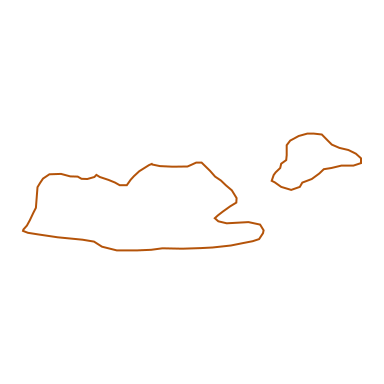 outline of Vaxholm, Stockholm, Sweden
{"feature_id": "70781695B74265456300359", "entity_name": "Vaxholm", "entity_type": "district", "adm_level": 2, "iso_a3": "SWE", "parent_name": "Sweden", "parent_adm1": "Stockholm", "projection": "equal_earth", "projection_center": [18.262, 59.415], "detail": "fine", "context": "isolated", "style": "outline", "palette": "amber", "viewbox_px": 384, "rotation_deg": 0, "n_neighbors": 0, "source": "geoboundaries", "source_scale": "gbopen_adm2", "svg_char_len": 1328}
<svg xmlns="http://www.w3.org/2000/svg" viewBox="0 0 384 384"><path d="M96.4,174.9L94.4,177.0L87.3,179.0L81.5,178.8L77.7,176.6L70.3,176.4L61.0,173.9L49.4,174.3L43.0,178.6L40.1,182.9L37.5,187.2L35.9,207.8L33.3,212.9L29.8,220.3L26.9,225.6L23.4,229.5L23.0,230.9L27.9,232.8L38.1,234.4L57.7,237.3L82.5,239.7L94.0,241.6L102.0,246.7L116.8,250.4L137.1,250.4L151.2,249.8L162.4,248.3L182.3,248.7L200.7,248.1L212.5,247.5L230.9,245.5L243.4,243.0L252.7,241.2L259.1,239.1L263.0,233.2L263.6,230.3L260.1,224.6L248.5,222.1L226.7,223.3L218.3,221.3L214.8,218.2L218.0,215.3L222.8,211.6L230.2,206.3L236.3,202.6L236.6,198.1L231.8,190.3L226.0,185.4L220.9,180.5L215.1,176.6L210.0,170.8L205.8,166.7L201.6,162.6L196.2,162.6L190.7,165.1L187.5,166.5L172.7,166.7L159.9,166.1L152.2,164.5L151.8,163.9L149.0,165.1L139.3,171.2L133.9,176.2L130.7,179.7L126.8,185.2L119.7,185.2L114.9,182.5L108.5,179.9L99.8,177.0L96.4,174.9ZM313.8,133.6L307.3,133.6L298.7,136.0L290.2,140.6L286.7,145.2L286.7,155.2L286.2,160.1L281.2,163.7L280.2,168.0L275.7,172.3L273.7,175.0L271.7,180.8L274.7,182.3L281.2,186.9L291.2,189.9L299.8,186.9L302.3,182.6L311.8,179.0L319.3,173.5L323.8,169.2L331.4,168.0L341.4,165.6L353.4,165.6L361.0,163.1L361.0,158.3L355.9,153.7L348.4,150.0L339.4,147.9L331.8,144.6L327.8,140.6L321.8,134.5L313.8,133.6Z" fill="none" stroke="#b45309" stroke-width="2"/></svg>